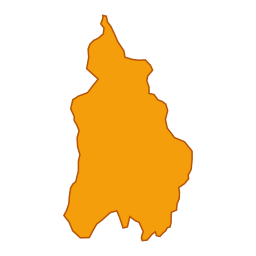 Vasa Koilaniou, Limassol, Cyprus (Albers equal-area conic projection)
{"feature_id": "46923920B80352268926708", "entity_name": "Vasa Koilaniou", "entity_type": "district", "adm_level": 2, "iso_a3": "CYP", "parent_name": "Cyprus", "parent_adm1": "Limassol", "projection": "albers", "projection_center": [32.788, 34.84], "detail": "fine", "context": "isolated", "style": "filled", "palette": "amber", "viewbox_px": 256, "rotation_deg": 0, "n_neighbors": 0, "source": "geoboundaries", "source_scale": "gbopen_adm2", "svg_char_len": 1311}
<svg xmlns="http://www.w3.org/2000/svg" viewBox="0 0 256 256"><path d="M63.9,215.5L69.1,222.1L72.7,230.8L80.4,237.8L89.2,237.6L93.5,229.6L96.6,224.2L102.0,220.0L110.3,212.6L116.8,210.8L119.5,217.2L123.1,228.0L127.4,226.9L129.8,216.6L135.5,220.8L139.1,222.3L143.3,231.7L142.0,235.0L141.4,238.4L142.3,240.6L147.1,240.1L148.7,238.2L152.2,234.1L155.3,231.8L156.4,235.7L160.0,236.4L162.4,233.6L165.9,230.5L167.2,227.8L170.1,226.9L171.1,222.2L171.1,218.5L171.2,214.7L171.5,212.2L176.5,210.1L177.1,203.6L179.2,198.6L179.5,192.2L178.7,187.6L184.6,183.6L188.6,178.7L188.2,175.2L191.2,169.2L192.1,159.3L192.1,151.4L191.4,150.3L184.5,141.8L174.5,137.6L167.3,128.2L165.4,119.5L167.7,110.6L165.8,104.2L162.1,101.4L157.9,99.9L154.0,94.5L149.1,93.5L149.0,87.0L146.8,80.9L147.7,76.0L152.6,70.2L150.5,65.4L145.2,59.9L138.5,60.2L132.5,59.4L125.0,57.3L123.8,50.7L117.7,41.6L114.3,33.6L110.8,26.3L107.5,22.0L106.3,16.2L102.8,15.4L102.9,18.0L100.8,23.9L104.0,27.9L103.3,33.9L98.2,38.2L93.6,40.5L90.0,44.0L88.1,49.1L88.7,57.4L86.7,68.7L98.2,79.1L92.7,85.9L87.6,92.7L78.5,96.1L72.8,99.7L70.7,108.9L74.2,116.3L74.2,120.5L76.8,125.0L79.1,130.8L77.1,137.5L77.6,146.7L79.9,154.7L78.4,161.4L78.4,170.8L75.7,181.8L72.9,184.0L70.6,188.1L69.4,196.1L68.8,203.8L66.5,210.6L63.9,215.5Z" fill="#f59e0b" stroke="#b45309" stroke-width="1.5"/></svg>